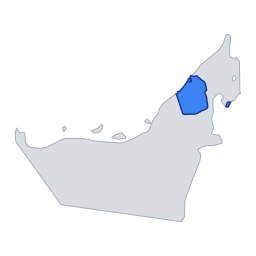 Dubay highlighted on a map of United Arab Emirates
{"feature_id": "ARE-350", "entity_name": "Dubay", "entity_type": "Emirate", "adm_level": 1, "iso_a3": "ARE", "parent_name": "United Arab Emirates", "parent_adm1": "", "projection": "robinson", "projection_center": [55.527, 24.951], "detail": "fine", "context": "in_parent", "style": "filled", "palette": "blue", "viewbox_px": 256, "rotation_deg": 0, "n_neighbors": 0, "source": "natural_earth", "source_scale": "10m", "svg_char_len": 3308}
<svg xmlns="http://www.w3.org/2000/svg" viewBox="0 0 256 256"><path d="M236.4,57.1L239.4,61.5L239.9,91.4L240.6,93.5L239.0,93.9L237.2,96.1L235.0,99.7L232.1,101.5L229.7,103.5L227.5,106.1L225.5,106.6L222.9,103.4L221.1,100.1L221.6,99.4L222.8,99.1L223.3,97.4L222.6,95.0L220.8,94.0L218.6,93.9L216.5,95.1L214.3,97.2L213.0,99.6L212.8,104.3L213.4,109.6L213.4,112.2L212.1,115.4L211.7,120.1L212.6,123.7L213.4,125.9L213.5,127.7L211.4,133.5L213.2,134.6L219.2,135.0L221.0,139.0L222.2,141.7L221.9,143.3L217.6,144.5L212.2,145.8L208.4,145.4L201.4,147.2L197.7,149.9L198.8,151.6L200.1,153.0L200.7,156.6L199.6,161.7L197.6,166.7L195.1,172.9L192.3,180.0L188.4,190.7L185.1,199.2L184.7,205.2L184.8,209.2L184.4,217.1L181.3,221.5L180.6,221.6L176.9,221.1L175.6,220.9L172.1,220.4L166.6,219.6L159.4,218.6L151.0,217.4L141.5,216.1L131.4,214.6L121.0,213.2L110.5,211.7L100.4,210.3L91.0,208.9L82.5,207.7L75.4,206.7L69.9,205.9L66.3,205.4L65.1,205.3L61.1,204.7L59.0,201.8L56.5,198.2L53.9,194.6L51.3,191.1L48.8,187.5L46.2,184.0L43.7,180.4L41.1,176.9L38.6,173.3L36.0,169.7L33.5,166.2L30.9,162.6L28.3,159.1L25.8,155.5L23.2,151.9L20.7,148.4L18.1,144.8L16.4,142.4L15.5,139.8L15.4,132.7L15.4,131.2L17.1,128.3L17.9,130.4L19.9,133.1L23.1,132.5L24.7,132.9L25.7,142.7L28.1,146.1L31.1,147.5L41.0,148.3L47.2,147.0L59.4,140.6L65.8,138.3L83.5,138.7L97.7,141.4L119.8,143.0L124.0,142.5L136.0,137.4L143.3,132.9L147.6,131.6L150.5,127.3L152.4,121.6L154.1,117.9L156.2,116.1L158.3,113.0L159.9,107.9L164.0,102.7L180.4,90.2L190.0,79.5L190.9,76.1L196.1,71.0L200.2,65.4L219.7,49.3L223.6,42.7L225.9,35.2L226.2,34.7L227.9,34.4L230.3,35.5L230.5,41.1L229.7,46.3L229.6,51.9L229.2,54.9L231.0,57.4L234.1,58.4L235.5,58.3L236.4,57.1ZM235.7,79.6L235.9,77.3L235.4,76.1L233.4,75.9L232.6,77.9L232.3,80.8L233.7,81.1L235.7,79.6ZM125.7,137.1L125.7,138.9L120.9,138.4L119.6,139.4L115.7,138.8L111.9,137.5L114.5,135.3L121.3,132.7L124.1,135.0L125.7,137.1ZM97.8,132.7L94.4,133.0L91.2,130.9L97.9,128.2L99.7,126.9L101.6,124.4L103.1,126.6L101.4,130.0L100.2,131.5L97.8,132.7ZM150.8,122.7L150.4,123.7L149.1,123.6L145.8,122.7L144.7,121.1L146.8,119.3L147.7,119.2L149.0,121.1L150.8,122.7ZM64.4,131.1L63.6,131.5L62.8,128.5L62.9,127.6L65.0,126.3L66.3,128.7L64.4,131.1Z" fill="#d9dde1" stroke="#a8b0b8" stroke-width="1"/><path d="M176.7,93.7L176.9,93.6L178.2,92.8L177.9,91.7L179.5,91.3L179.7,91.5L183.2,87.2L187.9,80.7L188.2,79.9L188.1,79.1L189.0,78.3L189.8,78.4L190.5,79.4L190.7,80.2L190.5,80.9L189.9,81.9L191.2,81.5L191.4,80.5L191.1,79.3L190.1,77.5L190.0,77.0L190.3,76.6L191.0,75.7L191.1,75.8L193.5,76.5L194.8,76.4L196.4,75.8L196.8,75.7L197.1,76.0L197.6,76.8L198.0,77.2L199.5,78.1L199.8,78.4L200.2,78.7L200.6,79.2L203.9,81.5L204.6,82.4L205.2,83.5L206.5,89.4L206.6,89.8L206.5,90.1L206.3,90.5L206.0,90.8L205.4,91.3L205.2,91.6L205.1,91.8L204.8,92.4L205.1,93.7L205.9,95.5L206.5,97.0L206.6,97.7L206.7,98.1L206.7,99.4L206.9,101.0L207.4,103.2L207.6,104.9L207.6,105.9L207.6,106.6L207.5,107.2L207.4,107.6L207.2,108.2L206.1,109.0L200.9,111.2L197.8,113.1L196.4,113.7L195.1,114.0L185.2,114.4L184.2,114.3L183.3,114.0L182.7,113.2L182.3,112.1L176.5,94.6L176.1,94.0L176.3,93.9L176.5,93.8L176.7,93.7ZM230.5,102.0L229.8,104.0L228.8,105.3L228.5,106.2L228.1,106.8L227.2,107.0L226.2,107.1L226.1,106.6L226.1,105.9L226.4,104.8L227.5,102.2L230.5,102.0L230.5,102.0Z" fill="#3b82f6" stroke="#1e3a8a" stroke-width="1.5"/></svg>